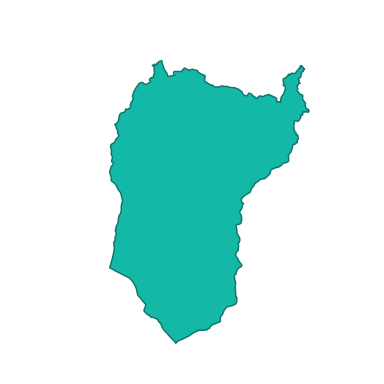 outline of Murillo, Tolima, Colombia, rotated 285°
{"feature_id": "7082276B68710011188416", "entity_name": "Murillo", "entity_type": "district", "adm_level": 2, "iso_a3": "COL", "parent_name": "Colombia", "parent_adm1": "Tolima", "projection": "albers", "projection_center": [-75.145, 4.827], "detail": "fine", "context": "isolated", "style": "filled", "palette": "teal", "viewbox_px": 384, "rotation_deg": 285, "n_neighbors": 0, "source": "geoboundaries", "source_scale": "gbopen_adm2", "svg_char_len": 6095}
<svg xmlns="http://www.w3.org/2000/svg" viewBox="0 0 384 384"><g transform="rotate(285 192 192)"><path d="M41.7,215.5L42.7,215.9L44.3,217.0L51.5,225.6L57.4,230.9L60.3,234.7L61.2,238.2L62.7,241.9L63.5,242.7L64.1,242.8L64.5,243.8L65.1,244.3L66.8,244.4L67.5,244.9L68.2,245.7L69.4,246.0L70.0,247.0L70.1,247.8L71.8,249.7L73.8,252.6L75.1,252.7L77.1,251.9L78.1,251.8L82.2,253.2L85.4,253.5L89.2,254.9L90.4,255.8L91.2,257.6L93.8,261.8L94.9,262.9L96.3,263.4L98.1,263.6L99.2,263.1L101.3,262.8L103.1,261.2L106.6,259.9L112.3,258.2L115.5,257.7L118.4,256.0L121.7,254.7L122.7,254.7L124.1,255.7L127.4,255.6L129.6,256.2L131.3,257.2L132.1,258.3L133.0,259.0L133.9,259.2L134.9,258.3L137.1,255.6L139.4,253.4L142.1,250.4L144.6,250.2L147.6,251.7L148.5,251.6L149.6,251.2L151.8,251.1L153.8,250.0L156.0,250.7L157.4,250.7L158.5,250.5L160.3,249.7L163.2,246.5L168.1,244.6L171.0,243.1L171.7,243.1L171.9,243.3L172.7,245.2L173.6,246.6L174.6,247.2L175.8,247.4L178.7,247.0L180.8,246.2L182.5,245.4L184.0,243.6L185.0,243.2L186.1,243.3L187.9,244.1L189.2,244.3L190.3,244.4L192.0,244.2L194.2,244.7L195.3,242.4L197.2,241.7L198.5,241.7L200.2,242.4L203.4,244.8L206.6,248.1L209.9,248.6L212.2,249.1L213.7,250.1L215.9,250.5L217.4,251.3L219.5,253.2L221.0,254.0L221.8,254.8L223.9,258.9L228.3,261.8L229.8,262.4L231.0,262.7L233.3,262.5L234.3,262.7L235.0,263.9L237.1,266.4L238.4,269.1L240.5,271.2L243.1,272.4L245.4,276.2L246.6,277.2L247.5,277.2L250.3,276.4L251.9,275.6L254.8,276.3L256.3,277.3L256.9,277.1L260.3,277.6L263.0,277.0L263.5,277.2L265.1,279.3L266.6,280.1L266.7,280.6L267.2,280.8L269.2,280.3L270.8,280.9L271.3,280.9L274.0,279.5L274.6,278.9L274.5,278.4L274.2,278.2L274.2,277.9L276.3,276.9L276.3,276.1L276.6,275.7L278.6,274.8L278.9,274.5L279.1,273.9L280.2,273.9L282.1,273.3L283.2,272.7L283.8,273.0L285.1,273.1L286.3,272.7L287.0,272.6L287.4,272.7L287.7,273.4L287.7,274.9L287.5,275.5L288.7,276.9L292.5,277.8L294.5,277.0L294.8,277.7L294.9,278.7L295.2,279.0L296.1,278.8L296.9,278.2L297.7,278.4L297.8,278.9L298.7,279.5L298.3,280.4L298.8,280.7L299.0,281.4L299.6,282.0L299.5,282.4L299.0,282.8L299.1,283.4L299.8,284.0L300.6,284.0L301.9,283.0L301.9,281.4L303.1,279.9L304.3,279.3L307.2,278.6L309.6,275.4L311.4,274.4L313.2,274.2L314.0,273.8L314.5,272.9L314.3,271.6L314.8,269.8L315.7,269.4L316.9,267.4L319.3,267.5L320.4,266.5L321.6,266.2L323.4,267.0L324.3,267.1L325.0,268.1L325.4,267.5L326.4,266.7L327.6,266.5L328.4,265.6L329.0,266.0L329.8,266.0L330.7,267.0L331.3,267.3L332.7,267.0L334.0,267.1L336.0,266.6L336.5,267.6L337.2,268.1L340.0,268.8L340.2,267.8L341.0,267.1L341.2,266.4L342.2,265.7L342.3,264.7L341.7,264.6L341.4,263.9L340.6,263.9L340.0,264.6L339.5,264.2L339.3,263.4L338.9,263.2L338.4,263.2L337.6,262.7L336.6,262.5L335.6,261.6L334.2,261.7L333.8,261.5L332.9,260.0L332.6,257.8L332.0,257.0L331.6,257.0L331.0,256.5L331.0,255.6L330.2,255.7L330.3,254.8L329.6,254.8L329.5,254.4L329.1,254.2L328.4,254.4L327.5,253.3L326.5,253.2L326.0,252.2L324.8,250.9L324.2,250.9L321.8,251.8L321.0,252.4L320.1,252.7L319.5,252.7L319.4,252.4L319.0,252.4L318.6,253.0L318.7,253.5L318.2,253.9L318.0,254.6L315.9,255.5L313.4,255.3L311.9,255.6L311.4,255.2L310.2,255.1L307.3,253.8L306.1,253.7L304.9,253.7L301.5,254.4L301.7,253.0L301.2,251.2L301.3,250.6L301.8,250.1L304.1,249.5L304.5,248.8L304.8,248.0L306.0,241.4L305.9,240.4L305.0,239.6L304.4,238.0L302.5,236.1L302.5,233.4L302.0,232.2L299.1,230.1L299.4,228.8L300.4,227.6L300.5,225.9L301.9,224.2L302.2,221.5L302.0,221.1L299.9,220.6L299.2,220.1L298.9,219.5L298.9,217.5L300.0,215.2L301.3,214.8L301.8,214.1L303.5,209.6L303.7,206.1L302.7,200.8L303.2,199.0L302.4,196.4L302.3,193.6L300.6,191.0L299.6,188.3L299.5,186.7L299.7,185.5L300.6,184.0L300.1,182.7L300.3,181.8L302.3,175.6L303.1,175.2L303.8,175.0L307.0,174.9L307.5,174.2L307.9,174.1L308.1,171.3L309.1,167.4L310.5,166.0L310.3,165.1L310.9,164.5L310.4,163.5L310.8,161.4L310.2,159.5L309.3,158.7L309.2,158.0L308.5,157.8L309.2,156.6L309.0,155.4L309.7,153.9L309.9,153.1L309.8,152.8L309.4,152.4L308.3,152.0L307.9,151.4L306.9,151.5L305.8,150.3L305.3,149.4L303.9,143.8L303.7,143.6L302.4,143.3L301.0,143.9L300.2,144.7L297.3,138.9L300.5,136.7L303.2,133.6L308.5,130.0L310.9,128.9L310.5,128.2L310.3,127.4L309.0,126.2L308.0,125.8L307.8,125.3L306.9,124.7L306.0,125.0L305.4,124.0L305.7,122.8L304.8,122.7L304.5,122.1L304.7,121.6L303.8,121.1L303.2,123.1L300.0,123.8L297.1,125.0L295.1,124.6L293.0,125.0L292.1,123.8L291.7,122.8L290.5,122.3L289.9,121.8L289.1,122.0L288.3,123.3L287.3,123.2L286.5,122.2L285.8,121.9L284.5,120.6L284.1,119.7L283.9,117.9L284.6,117.1L285.0,115.3L284.6,114.4L282.7,112.4L281.9,112.5L279.3,111.3L278.8,111.3L277.6,110.8L277.0,110.8L276.3,110.4L275.6,110.4L273.6,109.7L272.8,109.9L269.3,109.6L267.4,111.0L266.0,111.1L265.3,110.8L263.8,110.6L262.4,109.9L261.3,110.2L260.4,109.8L259.3,110.7L258.4,110.3L257.4,110.4L256.6,110.1L255.9,109.0L255.6,109.1L255.4,108.8L254.9,108.1L254.9,106.5L252.7,106.5L251.7,106.1L249.4,102.6L247.3,102.1L243.9,102.2L242.8,102.5L240.6,102.3L238.7,101.4L237.4,100.0L237.0,100.2L236.3,101.0L235.3,101.9L233.6,102.8L232.6,104.0L232.1,104.3L230.0,104.7L229.4,105.0L228.5,106.0L227.3,106.8L226.3,106.7L223.3,104.8L220.1,104.5L217.2,101.8L215.9,101.5L214.3,101.8L211.9,103.3L207.3,104.3L205.8,105.7L204.8,106.3L201.0,106.3L200.2,107.0L199.9,108.5L199.7,108.7L198.9,108.7L195.0,107.3L189.8,107.3L185.4,110.1L182.2,111.1L181.4,112.0L180.3,115.1L178.8,117.0L178.5,117.7L177.2,118.2L176.4,119.2L174.6,120.8L173.0,123.1L172.1,123.6L171.5,124.2L170.2,124.7L166.9,126.6L164.4,127.4L162.4,127.1L159.2,127.5L156.4,128.3L155.0,128.5L152.6,128.5L150.6,127.7L147.4,127.7L145.5,128.1L144.4,128.6L143.5,128.3L141.6,128.3L139.3,127.7L136.9,127.9L135.0,127.8L132.8,129.3L131.8,129.7L127.7,129.5L126.1,130.2L125.2,130.2L123.0,129.4L117.8,131.5L116.0,131.9L107.0,132.3L97.5,132.1L97.1,134.2L96.0,138.2L92.9,153.2L91.7,155.6L90.0,158.1L86.2,161.9L84.7,163.0L78.2,166.4L75.7,170.3L74.0,172.4L71.4,176.5L68.9,176.6L65.8,176.2L64.5,176.6L62.2,180.5L61.4,183.6L60.7,184.3L60.4,185.2L60.8,186.8L60.8,187.9L60.0,191.6L59.3,192.6L58.0,193.5L56.9,195.8L54.5,197.5L51.6,200.2L48.2,205.7L46.5,208.1L43.8,213.0L41.7,215.5Z" fill="#14b8a6" stroke="#0f766e" stroke-width="1.5"/></g></svg>